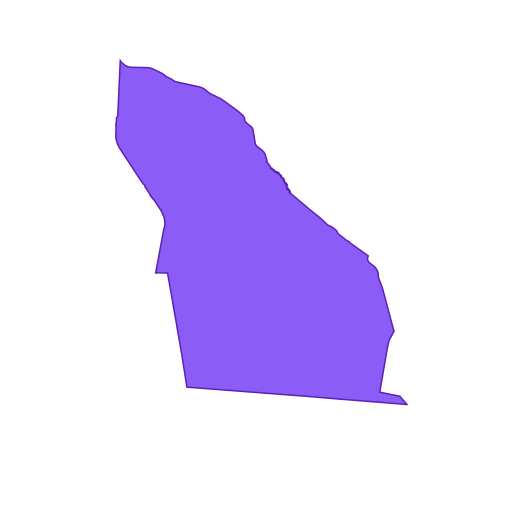 Asten, Noord-Brabant, Netherlands (Natural Earth projection), rotated 18°
{"feature_id": "6326949B72042777534396", "entity_name": "Asten", "entity_type": "district", "adm_level": 2, "iso_a3": "NLD", "parent_name": "Netherlands", "parent_adm1": "Noord-Brabant", "projection": "natural_earth1", "projection_center": [5.775, 51.387], "detail": "fine", "context": "isolated", "style": "filled", "palette": "violet", "viewbox_px": 512, "rotation_deg": 18, "n_neighbors": 0, "source": "geoboundaries", "source_scale": "gbopen_adm2", "svg_char_len": 5323}
<svg xmlns="http://www.w3.org/2000/svg" viewBox="0 0 512 512"><g transform="rotate(18 256 256)"><path d="M230.8,402.1L345.9,374.2L380.6,366.1L430.7,354.1L445.4,350.6L444.7,350.1L436.2,345.0L436.1,344.8L435.4,345.0L425.3,346.2L415.8,347.2L413.8,333.5L411.7,319.2L410.1,308.0L409.4,303.2L408.6,295.0L410.5,284.9L406.0,278.1L401.0,270.3L385.9,247.0L379.3,238.9L378.6,237.6L377.6,234.9L377.2,234.2L376.4,233.1L375.7,232.2L374.6,231.3L373.7,230.5L372.5,229.8L371.3,229.2L370.4,228.9L367.1,227.8L365.8,227.3L365.1,226.9L364.5,226.4L364.1,226.0L363.6,225.4L363.2,224.8L363.0,224.4L362.8,223.7L362.7,223.2L362.7,221.2L350.7,217.4L340.8,214.3L340.8,214.2L340.8,213.9L339.2,213.4L339.0,213.6L338.9,213.7L338.7,213.6L334.7,212.2L327.9,209.7L327.1,209.4L325.1,207.3L324.9,207.1L324.6,206.9L319.5,204.9L314.8,204.4L313.0,203.6L306.1,200.4L303.4,199.2L295.3,196.2L293.0,195.3L292.9,195.3L292.1,195.0L291.8,194.8L291.5,194.7L291.0,194.5L273.2,187.2L270.2,186.1L269.6,185.8L268.2,185.3L268.2,185.1L267.7,184.9L267.7,184.7L268.3,184.8L268.4,184.7L268.5,184.6L268.1,184.3L268.1,184.2L268.5,184.2L268.1,183.7L268.0,183.3L267.8,183.2L267.4,183.0L267.2,182.9L266.7,183.2L266.4,183.2L266.5,182.6L266.4,182.5L265.7,182.5L265.6,183.2L265.4,183.2L265.2,182.7L264.6,182.6L264.3,182.3L264.3,182.2L264.8,181.9L265.1,182.1L265.4,181.7L265.2,181.4L264.4,181.4L263.4,180.7L263.2,180.4L263.3,180.3L263.5,179.9L263.9,179.8L264.0,179.6L264.2,179.3L263.8,179.0L263.4,178.2L263.2,178.1L263.0,178.5L262.9,178.7L262.8,178.8L262.6,178.8L262.5,178.4L262.4,178.1L262.3,177.9L262.2,178.0L261.9,178.4L261.7,178.4L261.7,178.1L261.9,177.7L262.0,177.3L261.9,177.1L261.7,177.1L261.2,177.3L260.9,177.7L260.5,177.6L260.7,177.2L260.0,176.4L260.0,176.2L260.1,175.9L259.8,175.8L259.6,175.7L259.5,175.8L259.5,176.0L259.4,176.1L258.8,176.1L258.8,175.9L258.9,175.6L259.0,175.5L259.0,175.4L258.9,175.3L258.4,175.0L258.5,174.9L259.2,174.9L259.3,174.9L259.3,174.6L259.0,174.4L258.9,174.3L258.7,174.3L258.3,174.4L258.1,174.5L257.5,174.4L257.4,174.3L257.4,174.2L257.6,174.0L257.7,173.8L257.7,173.6L257.3,173.5L256.8,173.7L256.7,173.7L256.5,173.3L256.5,173.2L256.3,173.2L256.1,173.2L255.9,173.4L255.8,173.6L255.7,173.6L255.4,173.5L255.4,173.4L255.6,173.0L255.9,172.8L255.8,172.7L255.6,172.4L255.5,172.1L255.4,172.1L255.2,172.1L255.1,172.4L254.9,172.5L254.7,172.4L254.8,172.1L255.1,171.8L255.1,171.7L254.6,171.7L254.1,171.6L253.9,171.1L253.7,171.0L253.3,171.0L253.2,171.1L253.0,171.6L252.8,171.7L252.6,171.5L252.6,171.2L252.9,171.1L252.9,170.9L252.7,170.6L252.4,170.1L252.1,169.9L251.9,169.9L251.6,170.0L251.5,170.3L251.2,170.4L251.0,170.2L250.8,170.1L250.6,170.6L250.4,170.7L250.3,170.3L250.4,170.2L250.5,169.8L250.7,169.5L250.6,169.4L249.8,169.4L249.6,169.4L249.5,169.5L249.6,169.8L249.4,170.0L249.1,170.2L249.1,169.8L249.1,169.7L248.8,169.6L248.7,169.7L248.3,170.1L248.2,170.1L247.9,169.5L247.7,169.5L247.6,169.9L247.5,170.0L247.4,170.0L247.3,169.8L247.1,169.7L246.8,169.5L246.8,169.4L247.0,169.2L247.0,168.8L246.9,168.7L246.8,168.8L246.6,169.0L246.4,169.1L246.4,168.6L246.2,168.4L245.7,168.4L245.3,168.4L245.1,168.5L245.0,168.8L244.8,168.8L244.8,168.7L244.0,168.1L244.2,167.9L244.3,167.7L244.2,167.6L243.8,167.7L243.6,168.1L243.3,168.2L243.1,168.3L242.7,168.3L242.7,168.1L242.9,167.9L243.0,167.7L242.9,167.5L242.6,167.1L242.4,167.0L241.8,166.8L241.8,166.5L241.7,166.3L241.5,166.1L240.4,165.8L240.3,165.7L239.9,165.1L239.8,164.8L239.8,164.7L239.3,164.6L239.1,164.5L238.7,164.1L238.3,163.9L238.1,163.6L237.8,163.4L237.3,163.2L236.7,163.3L236.6,163.2L236.9,162.8L237.1,162.6L237.1,162.2L237.0,161.9L233.0,156.2L232.3,155.5L231.8,155.1L230.9,154.4L230.0,154.0L229.4,153.7L223.6,151.6L223.0,151.4L222.2,150.9L221.7,150.6L221.2,150.0L220.8,149.5L220.5,149.2L214.3,137.1L213.7,136.2L213.3,135.8L212.8,135.4L212.3,135.0L211.4,134.5L206.2,132.5L205.7,132.3L204.6,131.6L204.2,131.2L203.6,130.6L203.2,129.9L202.5,128.6L202.0,127.9L201.1,127.0L200.3,126.5L199.1,125.9L193.4,123.6L192.5,123.3L188.6,122.0L173.9,117.3L172.9,117.1L171.9,117.0L163.8,116.0L163.0,115.9L161.5,115.5L154.5,113.0L153.7,112.8L152.5,112.7L150.9,112.6L127.4,114.9L126.3,115.0L125.3,115.0L124.3,114.9L123.0,114.6L121.5,114.1L120.1,113.8L119.1,113.6L115.2,113.1L114.4,112.8L112.2,111.9L111.5,111.6L110.4,111.4L100.2,110.0L99.3,109.9L97.3,109.9L95.7,110.1L94.8,110.3L93.0,110.8L79.0,115.1L77.4,115.4L75.8,115.5L74.8,115.5L73.7,115.3L72.5,115.1L71.4,114.8L68.1,113.3L67.3,112.8L66.6,112.2L67.7,116.3L68.2,118.2L79.4,158.8L81.2,165.4L81.2,165.8L80.8,167.4L80.7,168.0L81.9,172.3L81.9,173.5L82.0,173.8L82.3,173.8L82.6,175.0L82.4,175.0L82.4,175.3L82.6,175.3L83.0,176.3L85.7,185.6L86.1,186.7L87.3,188.9L87.8,189.6L88.3,190.4L89.5,192.1L90.4,193.1L91.4,194.2L93.4,195.9L94.9,197.1L95.4,197.6L97.5,199.3L126.4,222.4L126.7,222.5L127.6,222.6L128.2,222.8L128.5,223.1L128.9,223.5L128.9,224.4L135.5,229.6L137.0,230.9L136.8,231.1L137.1,231.3L137.2,231.2L137.7,231.6L138.3,232.1L138.2,232.2L138.5,232.4L138.8,232.5L138.9,232.4L141.1,234.1L141.7,234.2L151.9,242.4L153.4,243.9L154.5,245.1L155.5,246.3L156.5,247.6L157.0,248.4L157.8,249.7L158.6,251.6L159.0,252.5L159.5,253.9L159.8,255.3L160.0,256.3L160.2,258.1L160.0,258.5L160.0,258.9L165.8,303.1L166.6,303.0L166.7,302.7L167.0,302.6L171.4,301.3L177.1,299.5L188.1,320.1L194.6,332.5L201.1,344.7L205.0,352.2L216.3,373.5L230.8,402.1Z" fill="#8b5cf6" stroke="#5b21b6" stroke-width="1.5"/></g></svg>